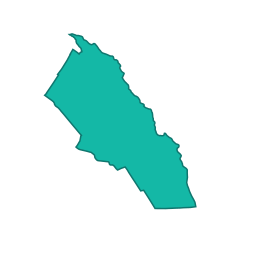 Fratautii Vechi, Suceava, Romania, rotated 32°
{"feature_id": "2599482B91718162891517", "entity_name": "Fratautii Vechi", "entity_type": "district", "adm_level": 2, "iso_a3": "ROU", "parent_name": "Romania", "parent_adm1": "Suceava", "projection": "robinson", "projection_center": [25.9, 47.896], "detail": "fine", "context": "isolated", "style": "filled", "palette": "teal", "viewbox_px": 256, "rotation_deg": 32, "n_neighbors": 0, "source": "geoboundaries", "source_scale": "gbopen_adm2", "svg_char_len": 5593}
<svg xmlns="http://www.w3.org/2000/svg" viewBox="0 0 256 256"><g transform="rotate(32 128 128)"><path d="M193.6,181.9L202.4,176.5L205.1,174.6L207.2,173.2L210.5,170.9L214.4,168.3L217.4,166.1L223.0,162.3L227.2,158.8L225.5,157.0L224.1,155.5L221.7,154.0L217.9,151.9L214.0,149.3L211.1,146.9L209.1,145.5L206.7,143.2L204.5,138.2L203.8,137.3L201.8,134.4L200.8,132.7L200.4,132.1L199.8,131.8L199.0,131.5L198.3,131.4L197.6,131.4L196.0,131.3L195.2,131.3L194.8,131.1L194.4,130.9L193.7,130.3L193.1,129.5L192.1,128.8L191.8,128.5L191.4,128.2L190.7,127.9L189.8,127.5L189.2,127.2L188.4,126.6L188.2,126.0L188.2,125.3L188.1,124.7L188.0,123.9L187.9,123.4L187.5,123.0L186.4,122.6L185.6,122.3L184.7,122.2L183.5,122.0L182.7,121.8L182.0,121.4L181.4,120.9L180.9,120.2L180.7,119.5L180.5,118.8L180.9,118.1L181.1,117.3L180.9,116.5L180.6,116.0L180.2,115.6L179.5,115.5L178.6,115.6L177.8,115.9L176.8,116.0L175.8,115.8L175.0,115.7L173.7,115.4L172.6,115.2L172.0,114.7L171.3,114.3L170.7,114.0L169.9,113.9L169.1,114.0L167.7,114.1L167.0,114.0L166.3,113.9L165.2,113.8L163.9,113.3L163.3,113.0L162.6,112.8L162.1,112.9L161.7,113.2L161.8,113.6L162.0,114.2L162.2,114.9L162.1,115.5L161.6,116.1L160.8,116.7L159.9,117.0L159.4,117.3L158.8,117.8L158.3,117.9L157.7,118.0L156.8,118.1L155.8,117.8L155.2,117.6L154.8,117.3L154.4,117.0L153.9,116.6L153.6,116.2L153.2,116.0L152.8,115.7L152.4,115.3L151.8,115.0L151.7,114.6L151.5,114.4L151.3,113.9L151.1,113.4L150.1,112.4L149.4,112.1L148.9,111.5L148.5,110.8L148.4,110.5L148.3,109.8L148.0,109.3L147.5,108.8L146.8,108.6L146.0,108.4L145.4,108.1L145.1,107.8L144.9,107.3L144.3,106.5L143.2,105.7L142.9,105.2L141.7,103.6L141.2,103.0L140.6,102.3L139.5,101.7L138.6,100.8L138.0,100.4L137.4,100.2L136.8,100.2L135.7,100.8L134.7,101.0L133.8,101.1L133.1,101.3L132.5,101.4L131.9,101.4L131.3,101.4L130.6,101.4L130.1,101.1L129.7,101.0L129.7,100.7L129.7,100.2L129.4,99.9L129.0,99.7L128.3,99.6L127.8,99.7L126.8,99.9L125.7,100.1L125.3,100.1L125.0,100.1L124.7,99.9L124.2,99.3L123.5,98.4L122.9,98.0L121.9,97.5L120.8,97.0L120.2,96.8L119.7,96.7L119.1,96.7L118.6,96.7L118.2,96.7L117.3,97.0L116.8,97.0L116.2,97.0L115.8,96.9L115.2,96.8L114.2,96.5L113.2,96.1L112.4,96.1L111.9,96.0L111.7,95.7L111.2,95.5L110.3,94.8L109.5,94.7L108.8,94.6L108.5,94.5L108.1,94.6L107.7,94.4L107.4,94.0L107.2,93.3L106.5,92.4L105.6,91.5L105.0,91.3L104.2,91.2L103.6,91.0L101.9,90.6L100.9,90.4L100.2,90.2L99.3,89.8L98.2,89.3L96.5,88.4L96.4,87.8L96.4,87.2L96.2,86.1L96.0,84.6L95.9,84.1L95.7,83.7L95.4,83.6L94.8,83.6L94.0,83.6L93.2,83.5L92.7,83.4L92.2,83.3L91.3,82.8L90.9,82.5L90.3,82.2L90.0,82.0L89.4,81.7L89.2,81.3L88.8,80.7L88.9,80.3L89.0,79.9L89.0,79.6L88.9,79.5L88.8,79.3L88.6,79.1L88.2,78.9L87.8,78.6L87.2,78.5L86.8,78.3L86.0,78.1L85.5,78.0L85.1,77.9L84.8,77.6L84.5,77.3L84.3,77.0L83.9,76.7L83.5,76.5L82.7,76.4L82.2,76.4L81.7,76.5L81.3,76.8L81.0,77.0L80.2,77.2L79.7,77.1L79.0,76.6L78.6,76.2L78.4,75.9L78.2,75.8L77.9,75.5L77.6,75.4L76.8,75.3L76.1,75.6L75.5,76.0L74.9,76.2L74.3,76.5L73.5,76.5L70.7,76.9L68.6,77.4L67.3,77.7L66.4,77.9L65.6,77.8L65.1,77.7L64.5,77.5L64.3,77.4L63.9,77.3L63.6,77.1L63.2,77.0L62.7,76.9L62.3,76.8L62.0,76.7L61.5,76.5L61.1,76.4L60.4,76.0L59.1,75.4L58.4,75.1L57.6,74.8L56.7,74.6L56.2,74.3L55.7,74.2L55.2,74.2L54.7,74.3L54.4,74.4L54.2,74.6L54.0,74.9L53.7,75.7L53.2,76.3L53.1,76.5L52.9,76.7L52.7,76.8L52.2,76.9L51.5,77.0L51.2,77.0L50.7,77.1L50.3,77.0L49.8,77.0L48.0,76.5L47.2,76.3L46.6,76.2L46.1,76.2L45.7,76.2L44.4,76.5L44.1,76.6L43.8,76.5L43.5,76.4L43.2,76.2L42.7,76.0L41.9,75.4L41.6,75.2L41.3,75.0L40.9,74.9L40.5,74.9L39.6,75.0L39.0,75.2L38.4,75.4L37.1,75.8L36.5,76.1L35.6,76.7L35.4,76.8L35.2,76.9L34.9,76.9L34.2,77.0L33.2,77.2L32.0,77.5L31.3,77.6L30.7,77.9L30.2,78.3L30.0,78.7L29.7,78.9L29.4,79.3L29.1,79.6L28.8,79.8L29.3,79.9L29.6,79.9L30.0,79.7L30.4,79.6L30.6,79.6L30.9,79.7L31.1,79.8L31.5,79.8L31.9,79.8L32.0,79.7L32.2,79.8L32.4,79.7L32.6,79.7L32.9,79.6L33.2,79.6L33.6,79.6L33.8,79.8L34.1,79.8L34.4,79.8L34.7,79.9L35.1,80.0L35.4,80.1L35.6,80.1L35.9,80.4L36.1,80.6L36.3,80.6L36.6,80.7L37.1,80.8L37.5,81.1L37.7,81.3L37.8,81.6L38.0,81.8L38.1,82.1L38.3,82.3L39.2,83.1L39.5,83.3L40.2,83.6L41.5,84.0L42.7,84.5L43.4,84.8L44.2,84.9L44.7,85.0L45.7,85.3L46.4,85.6L46.6,85.8L46.8,86.3L47.2,86.7L47.6,86.9L48.0,87.1L48.3,87.5L48.4,88.0L48.1,88.1L47.8,88.6L47.5,89.5L47.4,90.0L47.3,91.2L46.7,91.1L45.7,90.9L41.2,90.6L39.6,90.6L39.7,91.9L39.7,93.1L39.8,95.2L39.8,96.2L40.1,96.2L40.2,98.8L40.4,101.6L40.5,102.7L40.5,105.4L40.5,109.9L40.5,113.2L39.9,119.9L41.0,119.9L40.8,129.8L40.4,140.8L40.4,141.8L40.6,141.9L40.0,144.4L42.8,144.6L45.8,144.8L48.9,145.0L50.3,145.2L50.6,145.2L51.0,145.3L52.2,145.9L52.9,146.5L53.1,146.7L53.3,147.0L53.6,147.1L54.3,147.4L54.9,147.7L55.4,147.7L56.5,147.8L58.5,147.9L59.0,148.1L61.1,148.7L61.7,149.0L66.2,150.4L69.8,151.6L73.7,152.9L81.0,155.3L83.5,156.1L90.2,158.3L92.1,158.8L92.4,159.0L92.2,159.2L92.1,159.4L94.1,164.5L94.1,166.2L94.2,168.5L94.2,170.0L94.0,171.7L95.0,171.9L96.4,172.0L97.7,172.0L98.9,171.7L105.4,169.5L108.5,168.6L109.5,168.2L110.2,168.2L110.7,168.3L111.3,168.5L111.6,168.5L112.1,168.4L113.7,168.7L114.2,169.1L114.7,169.6L115.3,170.3L115.8,170.7L116.6,171.1L117.4,171.4L118.6,171.7L119.8,171.6L123.5,169.8L127.1,168.1L129.4,167.0L130.0,167.2L130.5,167.6L131.1,168.2L131.3,168.4L132.1,168.7L132.5,168.7L133.5,168.2L134.4,167.6L134.7,167.4L135.0,167.5L135.7,167.6L136.6,167.6L136.9,167.7L137.6,168.1L138.8,168.5L139.8,168.9L140.5,168.9L141.3,169.2L141.7,168.8L143.6,165.8L146.2,162.6L147.6,163.1L148.6,163.5L150.0,164.1L150.9,164.6L152.2,165.3L158.8,168.4L163.4,170.5L172.1,174.6L174.3,172.5L183.1,176.7L189.4,179.8L193.6,181.9Z" fill="#14b8a6" stroke="#0f766e" stroke-width="1.5"/></g></svg>